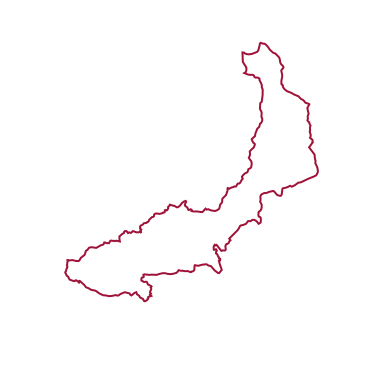 Teregova, Caras-Severin, Romania, rotated 323°
{"feature_id": "2599482B41858605084991", "entity_name": "Teregova", "entity_type": "district", "adm_level": 2, "iso_a3": "ROU", "parent_name": "Romania", "parent_adm1": "Caras-Severin", "projection": "orthographic", "projection_center": [22.378, 45.199], "detail": "fine", "context": "isolated", "style": "outline", "palette": "rose", "viewbox_px": 384, "rotation_deg": 323, "n_neighbors": 0, "source": "geoboundaries", "source_scale": "gbopen_adm2", "svg_char_len": 6065}
<svg xmlns="http://www.w3.org/2000/svg" viewBox="0 0 384 384"><g transform="rotate(323 192 192)"><path d="M209.8,248.1L210.9,248.1L213.5,249.3L216.1,249.9L219.2,249.0L221.4,250.6L223.1,250.5L224.0,250.9L225.1,252.0L225.7,253.3L226.1,254.9L226.0,257.4L227.3,257.7L228.6,257.6L230.4,255.5L231.2,254.1L231.4,253.3L230.5,251.7L231.2,250.2L232.2,249.3L232.8,248.3L233.5,248.0L235.4,248.1L237.3,247.2L238.5,246.1L240.0,244.1L240.6,240.8L242.1,239.5L243.8,236.8L245.4,235.9L246.2,235.8L249.1,236.3L250.7,237.6L253.7,238.3L257.6,240.1L257.9,241.0L258.1,243.1L258.1,245.3L259.0,246.8L260.1,248.1L260.6,248.4L261.4,248.3L262.2,247.9L266.1,243.9L266.7,243.7L269.0,244.8L271.3,245.6L274.1,246.1L274.9,247.8L278.2,248.5L282.4,248.5L284.8,249.8L292.8,251.4L298.7,253.0L301.3,253.4L303.8,252.3L305.1,251.1L306.8,248.0L307.9,243.1L309.4,241.5L310.4,239.0L312.4,235.9L312.4,226.8L318.3,225.0L318.1,224.6L319.3,223.5L319.6,222.9L319.4,221.7L319.0,220.9L318.9,219.7L319.8,219.4L321.3,217.6L322.3,214.6L323.2,214.2L324.9,211.6L326.7,210.2L326.9,208.1L327.6,207.0L327.2,205.6L327.3,204.2L328.6,203.3L329.6,201.6L330.8,200.5L331.8,200.1L332.7,198.9L333.2,197.2L334.1,195.7L334.6,194.4L338.5,192.5L338.1,191.5L336.3,188.9L336.3,187.0L336.0,185.2L335.0,183.1L334.6,179.6L332.0,175.2L331.1,172.8L328.5,168.6L327.7,165.2L327.9,162.6L328.7,161.5L328.7,160.4L328.3,160.1L328.6,159.2L330.4,156.9L333.6,154.0L334.7,152.4L336.3,148.8L337.7,148.2L338.9,148.1L340.2,147.4L340.4,145.8L340.1,143.6L340.3,142.0L342.4,137.9L342.5,136.3L341.9,131.6L340.6,129.6L339.8,125.2L340.0,121.3L339.6,118.4L339.1,117.2L338.1,116.4L336.6,114.2L335.5,114.3L334.5,115.4L330.3,118.7L328.3,119.3L327.5,119.1L322.8,117.7L320.4,116.4L318.5,114.6L317.6,113.0L317.5,112.1L316.3,110.9L310.9,118.7L310.3,125.4L308.6,127.6L306.8,128.7L305.4,128.5L307.4,131.9L308.9,133.4L311.0,134.9L311.5,136.1L311.1,137.9L311.7,139.0L312.7,139.6L313.8,140.9L314.1,142.2L313.2,143.3L312.7,146.4L312.0,148.8L310.7,150.5L310.2,152.6L306.8,157.0L303.9,160.0L302.1,161.8L299.9,162.2L296.4,166.4L296.1,167.2L295.9,169.2L295.3,170.7L292.6,173.9L292.3,175.6L291.1,177.2L289.1,178.4L287.5,178.4L284.8,180.5L282.3,180.7L277.9,183.4L275.9,185.3L271.9,185.6L271.3,186.0L270.6,189.3L271.1,191.1L270.7,192.0L268.0,193.7L266.2,193.7L262.6,194.3L262.2,194.8L261.5,196.2L260.5,197.3L259.2,198.3L258.1,198.7L257.8,200.2L257.8,202.9L257.4,204.3L256.2,205.9L254.2,207.8L252.9,208.1L250.8,207.7L248.8,209.2L247.9,209.5L245.1,209.0L242.5,209.4L241.2,209.8L240.9,210.2L240.6,211.7L240.2,212.1L239.1,212.2L236.0,213.6L234.7,213.6L233.6,212.8L230.5,214.1L229.1,213.0L228.2,213.0L226.0,212.1L223.6,211.8L223.0,210.3L222.6,210.4L222.0,211.4L220.8,212.6L217.3,214.9L212.3,215.6L211.5,216.3L210.3,217.9L209.2,218.6L207.1,218.9L204.0,221.5L203.2,221.8L200.8,221.6L198.9,221.0L196.0,218.0L194.7,215.6L193.0,214.8L192.8,213.4L189.6,214.1L188.3,214.2L187.4,213.7L184.6,210.8L181.5,208.5L180.2,206.9L180.9,206.5L180.9,205.8L180.7,205.2L180.4,204.9L179.2,204.7L178.4,204.2L178.4,203.6L178.9,202.0L178.8,200.9L178.2,199.0L178.5,198.0L179.5,197.3L181.4,196.3L181.6,195.8L181.6,195.3L179.6,194.7L177.4,194.8L173.9,195.7L171.6,195.7L170.6,195.0L169.5,192.2L168.8,191.8L167.2,189.4L166.6,188.8L165.8,189.4L163.8,189.6L163.0,190.9L161.3,191.5L160.7,191.5L160.3,190.6L159.3,190.3L158.3,191.5L157.2,191.6L156.4,191.0L155.7,191.2L152.8,189.9L150.9,187.9L149.4,187.1L148.1,187.3L147.0,188.5L146.3,188.6L145.0,188.0L143.7,188.1L141.1,188.4L139.7,189.3L139.0,189.4L138.0,189.0L137.1,189.3L134.8,188.0L133.1,188.4L130.6,188.0L129.5,188.5L129.0,189.8L128.6,189.9L128.4,190.5L128.8,191.5L127.3,192.0L127.5,192.6L127.4,193.1L127.2,193.4L126.7,193.4L126.6,192.5L124.9,191.9L123.3,190.7L121.4,187.7L118.5,187.9L117.7,186.6L117.3,186.3L116.2,186.3L116.2,184.0L114.9,182.8L114.0,182.9L112.7,183.9L111.4,183.5L107.3,183.8L105.8,185.8L104.6,188.1L102.3,185.4L100.7,184.7L100.0,183.7L98.8,183.0L98.3,182.2L97.8,181.9L96.9,182.0L94.9,182.9L93.0,181.4L92.1,179.9L91.6,179.5L89.9,180.5L89.2,180.5L87.2,179.7L81.9,179.0L78.6,175.7L77.4,175.0L76.1,174.6L73.7,175.3L71.9,175.1L69.1,177.2L68.0,177.6L63.6,177.7L61.1,178.8L59.9,178.9L57.8,177.2L55.6,174.5L52.5,172.6L52.3,171.9L51.5,171.4L50.7,172.9L49.7,173.5L48.9,174.6L48.1,175.0L47.9,176.0L47.3,176.9L46.9,176.9L46.4,177.6L45.2,178.0L43.8,179.3L42.5,179.8L42.2,180.2L42.1,181.6L41.6,183.1L42.1,185.3L41.5,188.2L44.0,192.1L44.8,192.6L45.7,192.4L46.2,192.6L47.0,194.4L47.2,195.6L47.1,196.2L46.5,196.7L47.4,196.4L48.3,195.2L48.7,195.3L48.9,195.6L50.0,201.3L50.0,204.3L51.6,206.8L52.6,209.5L55.2,212.3L55.9,213.6L57.0,217.4L59.0,221.1L60.9,222.7L62.8,225.0L65.1,226.6L68.8,228.3L70.4,230.1L71.1,230.4L73.5,230.4L78.0,231.6L81.1,235.4L80.9,237.3L81.4,238.2L85.6,238.0L87.2,238.5L86.5,240.6L87.3,242.7L87.3,243.5L87.0,244.8L88.5,248.0L88.1,250.1L88.6,250.9L90.9,251.3L91.8,251.2L92.1,250.7L92.9,250.8L93.3,249.9L94.0,249.5L97.0,250.5L96.9,249.9L96.5,249.1L96.7,248.6L98.1,248.4L97.9,247.1L99.0,246.0L99.5,246.0L101.1,244.9L101.7,243.8L101.7,243.3L102.8,243.1L102.7,242.3L101.1,239.2L101.7,237.5L101.7,236.4L100.9,235.7L99.4,235.0L99.0,233.5L98.3,232.3L99.0,231.2L100.3,230.2L101.9,230.9L102.5,230.6L103.4,228.8L104.1,229.0L105.0,229.6L108.0,232.5L110.0,233.7L113.9,236.9L116.6,237.8L119.9,239.3L121.9,240.9L123.3,242.8L125.3,244.6L127.8,246.0L130.9,247.2L132.1,247.1L134.3,246.4L135.4,247.9L137.2,249.3L138.5,250.8L141.2,252.8L142.3,254.7L143.1,255.4L143.5,255.2L145.0,255.9L146.3,255.9L147.2,255.4L149.5,252.6L150.2,252.2L152.6,254.7L156.6,256.3L159.8,258.2L160.1,258.5L161.0,260.8L162.5,262.6L162.9,268.3L164.0,272.2L164.8,273.1L168.9,272.1L171.0,265.7L172.2,263.0L173.0,263.6L173.9,263.0L174.3,262.2L173.7,261.1L174.2,260.3L174.0,259.3L174.6,257.4L174.6,256.5L174.2,255.6L174.9,254.5L176.4,253.9L176.8,252.8L176.7,252.1L175.4,251.9L174.7,251.3L175.5,249.7L177.0,248.3L178.4,247.9L178.5,248.7L179.8,249.0L180.0,256.7L181.5,257.2L183.0,258.5L183.6,258.5L184.4,258.2L186.0,255.5L186.7,254.8L188.3,254.3L189.2,254.8L190.6,254.8L191.9,253.9L193.7,253.7L193.7,251.6L205.2,250.0L207.9,249.1L209.8,248.1Z" fill="none" stroke="#9f1239" stroke-width="2"/></g></svg>